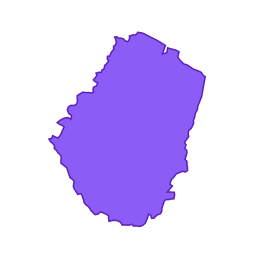 outline of Queimadas, Paraíba, Brazil, rotated 20°
{"feature_id": "56859067B78633571836614", "entity_name": "Queimadas", "entity_type": "district", "adm_level": 2, "iso_a3": "BRA", "parent_name": "Brazil", "parent_adm1": "Paraíba", "projection": "robinson", "projection_center": [-35.92, -7.398], "detail": "fine", "context": "isolated", "style": "filled", "palette": "violet", "viewbox_px": 256, "rotation_deg": 20, "n_neighbors": 0, "source": "geoboundaries", "source_scale": "gbopen_adm2", "svg_char_len": 2489}
<svg xmlns="http://www.w3.org/2000/svg" viewBox="0 0 256 256"><g transform="rotate(20 128 128)"><path d="M195.3,178.9L194.8,175.2L193.5,172.5L191.2,173.3L188.9,173.9L186.9,174.7L188.3,170.6L189.6,167.3L186.4,166.3L186.5,161.7L188.3,157.3L189.1,154.4L191.0,152.8L192.6,151.2L194.6,149.9L196.9,149.8L198.5,147.6L197.3,144.6L195.8,141.9L194.9,139.3L192.2,137.9L192.2,134.6L191.9,131.2L190.9,129.1L188.2,127.3L188.3,123.9L186.1,122.4L186.9,119.0L188.0,115.3L186.4,112.6L186.0,109.2L187.5,106.9L187.9,103.9L188.1,101.2L186.9,98.5L186.9,94.8L186.3,91.5L186.9,87.3L186.1,83.3L186.5,73.8L183.0,53.3L180.8,53.0L177.9,50.7L174.7,50.3L171.7,50.3L169.4,50.3L166.3,49.6L162.0,48.5L158.4,48.7L155.3,47.3L152.6,45.8L150.7,44.4L150.1,41.4L150.0,39.0L146.7,38.5L143.3,38.7L141.0,39.0L137.9,39.1L138.7,43.9L135.0,46.6L135.0,37.7L125.6,35.7L123.3,35.5L109.9,33.8L106.9,34.2L104.5,34.7L103.7,37.6L100.6,39.0L97.9,41.0L99.0,43.9L98.2,47.1L95.4,47.0L93.3,45.8L90.4,46.0L88.3,46.7L86.2,46.1L84.3,47.1L86.3,49.2L87.7,51.5L88.0,53.8L86.5,56.1L87.6,59.0L86.4,62.6L86.2,66.6L84.2,67.6L84.8,70.1L86.7,71.3L86.2,74.3L84.7,77.1L85.2,80.8L83.7,82.3L83.9,85.0L81.6,85.5L79.2,87.5L80.8,89.0L80.2,91.5L79.0,94.6L81.0,95.7L84.1,95.9L83.9,99.3L81.6,101.5L82.1,104.4L83.5,106.1L81.4,107.7L78.8,108.1L76.5,109.1L73.3,109.8L71.3,112.2L69.2,114.9L70.0,117.1L71.3,120.1L71.6,122.8L69.9,125.1L66.2,126.5L64.6,129.2L64.9,131.9L67.3,134.6L70.7,135.7L71.4,139.3L68.0,138.7L66.1,139.7L64.0,141.1L61.4,144.2L59.6,147.1L62.4,148.0L65.6,148.1L67.8,149.1L67.2,152.0L67.2,154.6L66.8,158.3L65.5,161.3L62.8,161.3L59.9,160.9L60.0,163.6L57.5,165.4L60.1,167.5L62.2,168.1L64.8,169.6L65.8,172.6L68.9,173.7L70.4,175.2L73.0,176.2L75.0,177.7L76.0,181.0L77.0,184.0L79.1,184.7L81.8,185.5L84.3,186.6L88.3,191.8L90.6,194.5L93.3,195.3L95.7,196.4L96.0,198.8L96.6,201.6L98.4,203.6L101.1,205.7L103.4,207.6L106.0,205.8L107.8,207.0L109.5,209.2L111.0,210.8L112.0,212.8L114.4,214.4L117.8,215.5L119.8,216.9L121.5,218.3L123.6,219.3L126.7,220.7L129.3,219.2L130.7,216.2L134.5,216.3L137.4,216.6L139.6,216.9L140.5,219.2L142.1,222.2L145.2,220.1L148.4,218.9L151.2,218.8L153.3,219.2L155.8,221.2L159.2,219.8L161.7,219.3L164.5,217.1L166.8,218.3L169.5,217.1L173.0,216.4L175.2,214.3L176.6,211.9L176.9,209.4L177.1,206.9L176.9,204.2L177.1,201.8L179.4,202.4L181.0,204.8L183.4,203.7L184.2,201.4L185.5,199.4L187.8,197.5L188.2,194.5L187.3,192.0L187.2,187.4L187.0,184.4L188.1,182.4L191.0,181.2L192.7,180.0L195.3,178.9Z" fill="#8b5cf6" stroke="#5b21b6" stroke-width="1.5"/></g></svg>